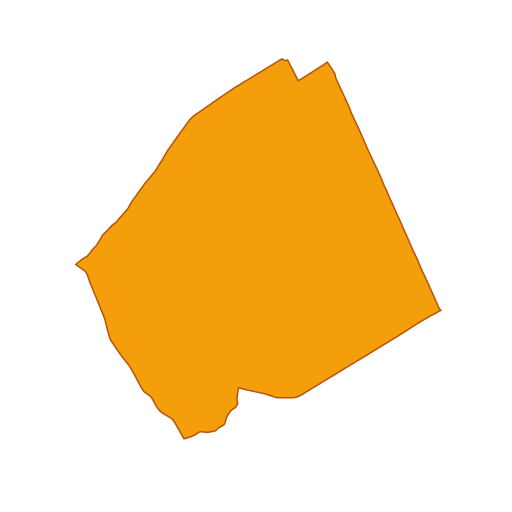 outline of Benito Juárez, Distrito Federal, Mexico, rotated 325°
{"feature_id": "50627088B57941954628474", "entity_name": "Benito Juárez", "entity_type": "district", "adm_level": 2, "iso_a3": "MEX", "parent_name": "Mexico", "parent_adm1": "Distrito Federal", "projection": "robinson", "projection_center": [-99.164, 19.38], "detail": "fine", "context": "isolated", "style": "filled", "palette": "amber", "viewbox_px": 512, "rotation_deg": 325, "n_neighbors": 0, "source": "geoboundaries", "source_scale": "gbopen_adm2", "svg_char_len": 4627}
<svg xmlns="http://www.w3.org/2000/svg" viewBox="0 0 512 512"><g transform="rotate(325 256 256)"><path d="M103.5,159.6L105.4,165.0L105.5,165.4L106.2,167.1L106.8,168.9L107.0,169.6L107.1,170.3L107.2,170.9L107.3,172.1L107.3,173.3L107.0,174.7L105.4,180.3L104.8,182.4L103.6,187.9L102.0,194.7L101.2,198.5L101.0,199.2L100.1,203.2L99.3,206.8L99.1,207.5L98.3,211.1L97.3,215.4L96.3,219.6L96.0,220.8L93.6,227.1L92.7,229.5L91.3,233.3L90.9,234.4L90.5,235.4L89.0,239.8L88.9,240.1L88.8,240.5L88.6,242.0L88.5,248.7L88.5,250.6L88.5,253.8L88.5,256.8L88.5,261.5L88.8,266.0L88.8,266.8L89.1,271.5L89.2,272.6L89.2,274.0L89.1,275.6L88.4,283.0L88.3,283.9L87.6,289.2L86.8,295.9L86.4,300.0L86.4,301.2L86.4,301.7L86.5,302.6L86.6,303.2L87.1,305.0L87.6,306.2L88.1,307.5L88.7,309.2L88.9,310.2L89.0,311.0L89.1,312.4L89.1,313.3L88.6,318.6L88.2,322.0L88.2,323.2L88.2,324.7L88.3,326.4L88.4,327.7L88.6,328.8L89.0,330.2L89.2,330.8L89.7,332.3L90.3,333.3L91.5,335.9L92.6,338.3L93.2,339.4L93.5,340.5L93.8,341.6L93.9,342.2L94.0,342.8L94.0,343.5L93.9,345.7L93.6,349.4L93.0,355.9L92.2,364.5L95.4,365.6L97.4,366.2L103.0,367.6L105.6,367.7L106.8,367.5L107.6,367.6L108.1,367.6L108.7,367.8L109.3,368.0L110.2,368.4L114.8,372.4L116.0,373.1L116.9,373.6L122.1,375.8L122.9,375.8L123.9,375.7L125.9,375.5L126.9,375.4L132.1,375.9L133.1,375.8L134.1,375.4L138.8,371.8L140.8,370.5L143.4,369.5L145.1,368.8L147.0,368.2L148.3,368.1L150.6,368.3L152.6,368.1L153.7,367.9L154.8,367.4L155.9,366.7L156.6,366.1L157.2,364.8L158.1,362.5L160.2,360.1L162.6,357.5L163.9,356.1L166.2,354.0L169.2,357.5L171.8,360.5L180.8,370.3L182.5,372.1L183.3,373.0L184.1,373.9L188.6,379.8L190.9,382.9L192.0,384.1L193.3,385.1L199.6,389.6L204.5,392.9L206.0,393.9L206.9,394.3L208.2,394.8L210.3,395.4L213.5,395.8L217.1,396.1L221.5,396.3L223.9,396.4L224.9,396.5L229.4,396.8L237.1,397.3L245.1,397.8L254.5,398.5L255.1,398.5L262.0,398.9L267.2,399.2L269.5,399.4L271.3,399.5L275.2,399.8L280.3,400.1L281.4,400.2L281.9,400.2L282.3,400.2L285.6,400.5L294.5,401.0L296.2,401.1L299.5,401.3L302.5,401.5L308.8,401.9L311.9,402.1L313.0,402.2L317.4,402.4L319.6,402.6L321.8,402.7L326.1,403.0L330.8,403.2L335.3,403.5L338.1,403.5L339.9,403.6L341.0,403.6L344.4,403.7L347.3,403.9L348.9,403.9L351.1,404.1L353.0,404.2L354.1,404.3L356.0,404.4L359.4,404.7L362.3,404.9L362.8,404.9L364.5,405.1L367.2,405.5L369.3,405.8L370.3,406.0L371.2,406.0L376.3,406.5L376.1,405.1L376.0,403.6L377.3,397.3L378.8,389.8L379.9,383.7L380.8,379.6L381.5,375.3L382.3,371.1L383.0,367.1L383.6,363.6L384.4,359.4L385.3,355.5L386.1,351.7L386.8,347.9L387.5,344.0L388.0,340.8L389.0,335.7L389.8,331.8L391.1,325.4L392.5,317.9L393.6,312.6L395.1,304.6L396.3,298.4L397.6,291.9L398.0,289.6L398.7,285.5L399.1,283.4L400.5,277.1L401.3,272.1L403.2,263.8L404.8,255.4L405.6,250.9L406.3,246.6L406.5,245.3L406.9,243.1L407.6,238.9L407.9,237.3L409.1,230.6L409.4,229.4L410.7,222.6L410.8,222.3L411.0,221.1L411.7,217.8L412.0,216.7L413.0,211.3L414.0,205.7L414.2,204.5L414.9,200.4L415.6,197.0L415.8,195.4L416.0,194.1L417.6,187.9L417.8,186.9L419.2,179.4L419.4,178.3L419.6,177.5L420.4,172.6L420.6,171.9L421.5,166.4L421.7,165.4L422.7,159.8L422.9,158.6L423.7,155.2L424.4,153.5L425.1,152.3L425.5,146.5L425.6,138.1L422.4,138.1L420.5,138.1L417.3,137.9L414.5,137.8L411.7,137.7L408.4,137.6L404.7,137.4L401.7,137.3L398.5,137.1L395.9,137.0L391.1,136.6L391.7,132.4L392.7,125.5L393.1,122.9L393.2,121.5L394.3,113.5L393.7,113.4L392.7,113.0L391.9,112.6L391.4,111.9L391.1,111.1L390.8,110.3L390.2,109.5L389.8,109.3L388.5,109.2L385.4,109.1L380.2,108.7L375.2,108.4L370.5,108.1L365.7,107.8L360.6,107.5L356.5,107.2L352.3,107.0L347.8,106.7L342.7,106.3L342.0,106.3L337.7,106.0L333.2,105.8L331.4,105.8L328.3,105.7L327.7,105.7L326.8,105.7L321.5,105.7L318.9,105.6L313.7,105.6L313.1,105.6L310.2,105.5L306.6,105.6L302.8,105.6L290.1,105.5L285.8,105.5L284.9,105.5L282.8,105.8L281.4,106.0L280.2,106.3L277.1,107.3L274.8,108.1L272.7,108.8L270.2,109.7L266.3,111.0L262.7,112.2L260.3,113.1L259.6,113.3L257.2,114.2L254.7,115.0L251.9,116.1L249.7,116.9L247.8,117.6L246.5,118.0L243.4,119.3L240.5,120.5L238.1,121.7L235.4,123.0L232.0,124.4L228.6,125.8L225.1,127.4L222.7,128.4L220.8,129.0L219.8,129.2L214.9,130.6L207.7,132.5L206.7,132.8L196.6,136.3L191.9,138.0L190.4,138.5L187.0,139.7L186.5,139.9L184.4,140.6L184.1,140.8L178.4,143.6L175.6,144.3L172.3,145.2L171.8,145.3L166.3,146.6L163.6,147.3L159.7,148.3L156.4,148.1L152.8,148.9L148.4,150.0L147.0,150.0L144.2,150.6L142.0,150.9L141.2,151.5L140.0,152.1L134.7,154.4L131.0,156.0L129.8,156.1L128.6,156.3L124.8,157.2L124.2,157.4L120.6,158.6L118.3,159.2L117.7,159.3L111.8,159.0L111.5,159.0L110.3,159.0L106.5,159.3L105.9,159.3L103.5,159.6Z" fill="#f59e0b" stroke="#b45309" stroke-width="1.5"/></g></svg>